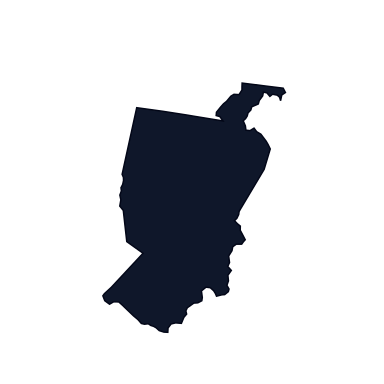 outline of Quebrangulo, Alagoas, Brazil, rotated 141°
{"feature_id": "56859067B65057144829282", "entity_name": "Quebrangulo", "entity_type": "district", "adm_level": 2, "iso_a3": "BRA", "parent_name": "Brazil", "parent_adm1": "Alagoas", "projection": "robinson", "projection_center": [-36.476, -9.309], "detail": "fine", "context": "isolated", "style": "filled", "palette": "ink", "viewbox_px": 384, "rotation_deg": 141, "n_neighbors": 0, "source": "geoboundaries", "source_scale": "gbopen_adm2", "svg_char_len": 1614}
<svg xmlns="http://www.w3.org/2000/svg" viewBox="0 0 384 384"><g transform="rotate(141 192 192)"><path d="M55.8,215.3L67.3,227.2L84.5,245.1L86.8,242.5L89.0,239.8L94.2,238.1L97.9,241.5L101.5,242.0L108.1,240.7L112.0,240.7L116.3,240.0L122.8,238.6L125.1,236.2L122.9,233.1L123.2,227.7L142.3,249.1L147.5,255.0L163.8,273.0L181.9,292.3L235.2,249.7L236.1,246.5L238.0,244.0L241.1,241.5L244.5,240.0L246.2,237.3L250.0,235.0L252.2,230.7L257.0,226.5L257.0,220.9L273.9,194.5L268.6,175.2L314.7,168.7L324.1,168.1L326.6,167.4L328.2,162.4L326.7,156.7L322.1,156.0L318.1,152.7L317.4,148.5L315.4,132.6L314.3,127.0L314.1,121.7L312.2,119.2L308.9,117.1L308.0,114.2L306.4,111.8L305.3,109.0L304.7,104.9L302.0,100.8L299.1,98.2L296.2,101.4L291.3,102.6L287.1,100.6L282.9,96.6L277.2,99.7L273.0,100.5L271.6,103.5L268.5,105.0L260.5,104.5L257.2,102.2L252.8,101.3L250.4,103.5L246.9,109.2L241.0,109.2L238.0,106.1L237.3,101.6L237.7,98.4L238.5,95.6L233.5,93.3L231.2,91.7L226.5,91.7L224.3,93.3L223.6,97.5L219.6,100.0L216.5,104.7L210.8,106.3L211.1,111.6L207.2,113.6L203.8,119.2L197.9,121.2L194.8,123.8L190.5,123.6L186.2,120.2L183.3,121.0L180.7,121.4L179.8,125.7L178.6,131.9L175.9,135.1L176.7,138.9L177.0,143.0L173.7,143.3L169.9,145.1L167.7,147.2L164.9,148.3L121.7,164.2L104.1,176.2L103.0,181.0L102.4,184.8L102.1,193.6L103.8,198.2L103.6,202.6L108.3,203.2L111.2,206.1L108.9,209.8L107.4,215.1L104.2,215.3L101.3,216.3L98.7,218.2L94.7,218.7L92.0,220.6L85.1,218.7L82.1,220.8L76.6,222.2L73.7,224.7L71.4,221.9L71.3,217.3L67.9,217.3L64.8,213.6L64.3,210.5L65.7,207.2L61.2,210.9L56.8,210.5L55.8,215.3Z" fill="#0f172a" stroke="#020617" stroke-width="1.5"/></g></svg>